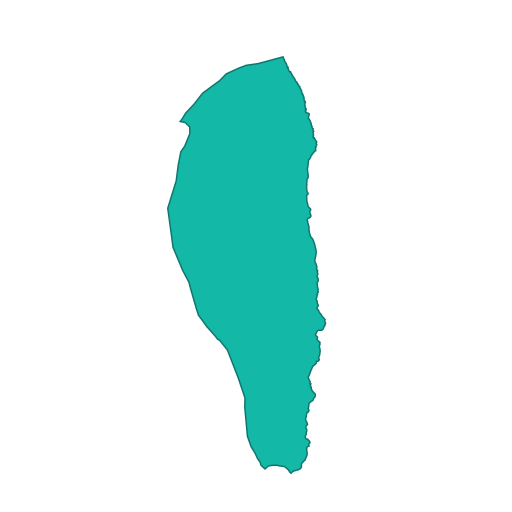 the district of North Ambae, Penama, Vanuatu, rotated 111°
{"feature_id": "77236927B69269343415786", "entity_name": "North Ambae", "entity_type": "district", "adm_level": 2, "iso_a3": "VUT", "parent_name": "Vanuatu", "parent_adm1": "Penama", "projection": "natural_earth1", "projection_center": [167.879, -15.323], "detail": "fine", "context": "isolated", "style": "filled", "palette": "teal", "viewbox_px": 512, "rotation_deg": 111, "n_neighbors": 0, "source": "geoboundaries", "source_scale": "gbopen_adm2", "svg_char_len": 6083}
<svg xmlns="http://www.w3.org/2000/svg" viewBox="0 0 512 512"><g transform="rotate(111 256 256)"><path d="M446.2,145.3L444.5,144.8L443.9,144.4L443.3,143.8L442.6,142.9L441.0,140.8L440.5,139.9L439.2,138.8L438.6,138.4L438.1,138.2L437.5,138.0L437.0,138.0L436.5,138.0L435.0,138.6L434.5,138.9L433.5,139.0L432.6,138.8L428.5,137.0L428.0,137.1L427.3,137.1L424.2,137.0L422.8,137.2L421.2,137.8L420.7,138.2L419.1,139.2L418.8,139.1L417.3,139.8L416.5,139.9L415.6,139.5L414.7,139.0L414.5,138.4L413.0,139.3L412.3,139.2L411.0,138.7L409.9,139.5L409.5,140.0L409.1,140.9L408.9,141.5L408.4,142.4L408.8,143.0L408.9,143.4L408.4,144.3L407.8,144.8L407.0,145.2L406.3,145.4L405.6,145.5L404.8,145.2L404.4,145.1L403.0,145.8L401.3,145.9L400.6,146.1L399.9,146.4L399.2,147.1L398.9,147.5L398.4,148.0L398.1,148.2L397.6,148.3L396.5,148.2L395.2,147.7L394.7,147.6L394.4,147.8L393.6,148.4L392.6,149.4L392.0,150.3L391.1,150.9L390.2,151.3L389.3,151.5L388.2,151.5L385.3,152.2L383.6,152.2L383.2,151.7L383.1,151.4L382.9,151.3L381.4,151.2L381.0,151.3L380.1,152.3L379.7,152.6L377.0,153.0L375.1,153.7L373.9,153.4L372.6,152.7L370.6,151.3L369.9,151.0L368.8,151.0L368.0,151.1L367.6,151.0L366.5,150.5L366.0,150.5L365.1,150.6L363.9,151.1L363.4,151.6L363.1,152.0L363.0,153.2L362.5,153.7L361.9,154.9L361.5,155.5L361.1,155.9L359.6,157.2L359.4,157.3L359.0,157.3L358.7,157.4L358.3,158.1L357.8,158.8L357.3,158.7L356.9,158.7L356.5,159.3L355.7,159.0L355.4,159.9L355.2,160.1L354.2,160.3L353.7,160.6L352.9,161.7L351.4,163.1L350.9,163.6L350.4,163.8L347.4,163.6L342.9,163.7L340.0,163.5L339.0,163.5L338.4,163.3L338.0,163.3L337.1,162.5L334.4,161.3L333.0,161.8L332.7,161.8L332.3,161.3L332.1,160.3L330.2,159.7L329.8,159.9L329.3,160.4L328.4,161.1L327.7,161.2L326.2,161.0L325.4,161.2L322.2,161.9L320.7,162.5L320.4,162.8L319.6,163.2L318.1,164.2L317.4,164.6L315.7,164.6L315.4,165.0L315.0,165.2L314.4,165.0L314.0,165.1L313.6,165.5L312.7,168.1L312.3,168.7L311.9,169.1L310.0,169.4L309.5,169.7L308.8,171.6L308.2,172.2L307.9,172.4L306.3,172.0L304.9,172.1L303.8,171.8L303.4,171.5L302.9,171.0L302.3,169.4L302.2,168.8L301.9,168.2L301.4,167.8L300.8,167.5L300.1,167.2L299.4,167.1L298.2,167.2L297.5,167.1L296.4,166.7L295.6,167.1L295.1,167.1L294.3,166.8L293.7,167.0L292.4,168.4L291.7,168.7L290.8,168.6L289.6,170.6L288.9,172.2L288.2,173.2L287.5,173.8L286.8,175.0L286.3,176.1L285.9,176.7L285.5,177.1L284.1,178.4L283.6,179.7L283.2,180.3L282.9,180.4L281.7,180.4L281.1,180.3L280.1,180.0L279.5,180.4L278.7,181.3L277.9,181.9L276.2,182.8L275.7,183.3L275.1,184.0L274.6,184.4L273.9,184.5L272.4,184.4L271.8,184.8L271.3,185.1L270.8,185.0L270.4,184.8L269.8,184.7L269.1,185.3L268.5,185.3L267.3,184.9L266.7,185.4L266.6,185.9L265.2,186.0L264.5,186.2L263.2,187.3L261.1,188.3L259.9,189.1L259.3,189.4L257.9,189.1L257.2,189.0L256.1,189.2L254.5,190.2L253.9,191.1L253.7,191.7L252.8,191.8L251.9,191.7L250.5,191.9L249.2,192.8L248.1,193.3L247.7,193.1L247.3,193.6L247.0,194.5L246.6,194.8L244.9,195.1L244.1,195.4L242.9,196.4L241.8,197.2L241.1,198.0L240.0,199.1L238.7,199.6L237.2,199.9L236.6,200.1L235.6,200.1L234.4,200.3L231.5,200.9L228.4,202.4L227.5,203.2L225.7,204.3L223.9,205.6L220.8,208.2L220.0,209.0L219.6,209.6L218.4,211.9L217.4,212.6L216.2,213.8L212.9,215.7L211.6,216.4L210.4,216.7L209.0,217.5L208.1,218.3L206.7,219.3L205.1,220.3L204.2,221.0L203.2,221.3L202.5,221.0L200.8,219.4L200.0,219.1L199.1,219.0L198.7,219.2L197.7,219.9L195.9,221.6L195.3,221.7L194.7,221.6L193.2,221.5L192.5,222.0L191.9,223.4L191.7,224.2L190.9,225.2L188.5,226.7L186.5,228.3L183.6,229.4L181.7,230.4L180.7,230.4L180.1,229.8L179.2,229.6L178.6,230.1L178.2,230.8L177.3,231.7L172.4,234.0L171.4,233.9L170.5,234.6L169.2,234.9L168.4,235.1L167.2,235.7L166.1,235.8L165.2,235.5L163.5,235.6L162.5,236.1L161.4,236.4L159.0,237.9L157.0,238.8L156.4,239.2L155.5,239.4L154.4,239.5L151.1,240.4L150.4,240.5L147.5,241.4L146.7,240.9L145.0,240.5L144.1,240.4L143.0,240.6L142.3,240.3L141.3,240.0L140.4,240.1L139.7,239.6L138.9,239.2L138.0,239.1L137.3,238.8L136.3,238.2L136.2,238.0L134.7,238.7L134.3,239.0L133.3,238.9L133.1,239.3L132.7,239.6L132.2,239.5L131.6,239.1L131.3,239.2L130.4,239.1L129.4,240.2L128.4,240.1L127.6,240.3L127.1,241.0L126.9,241.8L125.9,242.6L125.7,242.9L125.6,243.7L125.2,243.7L124.7,244.1L124.9,244.4L124.9,245.0L122.9,245.8L122.5,245.6L120.0,247.1L119.1,246.7L118.4,248.0L117.9,248.1L117.1,247.9L116.6,248.4L116.4,249.4L115.6,250.1L115.0,250.0L114.7,250.6L114.2,251.1L113.5,251.4L112.3,252.2L110.1,254.2L109.0,255.7L108.7,256.3L108.7,256.7L108.1,256.8L106.9,256.8L106.1,257.1L105.7,257.0L104.6,257.0L104.2,257.4L104.0,258.3L104.0,259.1L104.1,259.5L104.4,260.1L104.3,260.4L103.9,260.8L103.7,261.7L102.6,261.5L101.7,262.2L101.2,261.6L100.8,261.7L100.8,262.4L99.9,263.1L97.5,264.4L96.6,265.0L96.1,265.2L95.2,264.8L94.8,265.0L93.9,265.7L94.1,266.3L92.6,267.2L91.9,267.6L91.1,267.9L90.4,268.3L89.9,269.0L88.7,269.9L88.5,270.5L87.7,270.8L87.6,271.5L87.1,271.7L86.1,272.4L85.6,272.5L85.3,273.0L84.9,273.5L84.6,273.6L83.8,274.5L83.2,275.5L82.6,275.7L82.4,275.6L82.2,275.7L82.1,276.4L81.8,277.0L80.9,277.8L80.6,278.6L80.2,278.8L80.1,279.5L79.2,279.9L79.0,280.6L78.5,281.7L77.9,282.2L76.5,283.7L76.2,284.3L75.7,284.8L75.3,285.5L74.9,286.3L74.5,286.5L74.0,287.4L73.5,287.6L73.1,288.4L72.7,288.6L72.1,289.6L71.6,289.8L71.7,290.1L72.1,290.5L71.7,291.2L71.2,291.6L70.0,292.8L69.6,293.1L69.3,293.5L69.0,294.0L68.7,294.2L68.4,293.7L68.3,293.8L67.9,294.5L67.9,294.8L67.7,295.2L66.5,295.8L65.4,296.9L64.5,298.0L64.1,299.0L62.6,299.8L61.8,301.0L60.7,301.8L60.4,302.1L75.6,322.9L81.5,333.5L87.0,339.6L96.6,349.0L105.4,352.8L113.4,358.0L123.2,364.2L136.6,368.3L147.8,372.9L154.2,374.0L157.6,375.0L156.8,369.8L159.3,364.1L165.5,361.6L178.8,361.9L185.9,363.5L199.4,361.1L209.6,358.6L214.5,357.4L243.0,355.5L277.7,336.5L295.5,319.5L304.5,309.2L309.6,305.6L326.0,293.2L331.9,288.5L335.4,282.9L339.5,276.7L345.4,265.3L347.4,262.1L348.0,259.2L354.1,248.9L376.5,228.6L392.5,215.4L401.2,212.3L427.5,199.3L436.0,192.0L440.3,186.3L444.6,181.9L447.0,178.3L449.6,176.3L451.6,171.3L447.6,169.2L445.5,165.6L443.8,161.3L443.5,158.6L442.3,154.0L443.4,150.6L444.3,148.7L445.7,147.0L446.2,145.3Z" fill="#14b8a6" stroke="#0f766e" stroke-width="1.5"/></g></svg>